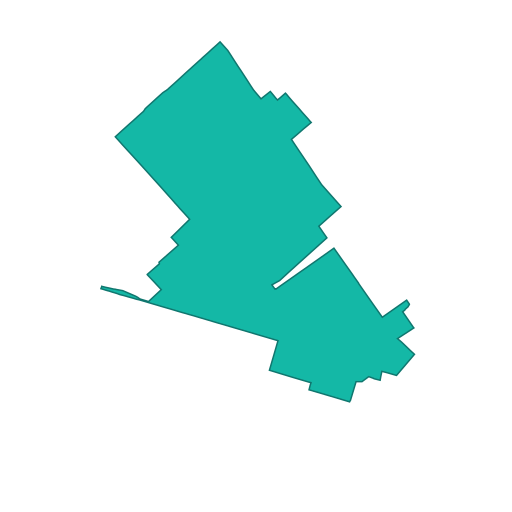 Movila, Ialomita, Romania (Mercator projection), rotated 136°
{"feature_id": "2599482B79833469589356", "entity_name": "Movila", "entity_type": "district", "adm_level": 2, "iso_a3": "ROU", "parent_name": "Romania", "parent_adm1": "Ialomita", "projection": "mercator", "projection_center": [27.715, 44.486], "detail": "fine", "context": "isolated", "style": "filled", "palette": "teal", "viewbox_px": 512, "rotation_deg": 136, "n_neighbors": 0, "source": "geoboundaries", "source_scale": "gbopen_adm2", "svg_char_len": 3120}
<svg xmlns="http://www.w3.org/2000/svg" viewBox="0 0 512 512"><g transform="rotate(136 256 256)"><path d="M390.3,340.2L389.3,338.6L387.7,335.6L386.6,333.7L386.0,332.8L385.5,331.8L384.5,329.9L383.1,327.5L382.5,326.4L381.8,325.1L380.9,323.1L380.0,321.6L378.9,319.9L377.2,317.0L376.5,315.7L373.6,310.8L372.0,307.9L370.4,305.5L367.1,299.7L363.8,293.8L361.8,290.3L361.1,289.1L359.1,285.5L357.2,282.2L354.9,278.2L352.8,274.5L350.3,270.0L347.9,265.8L346.5,263.5L345.0,260.8L342.3,256.2L340.9,253.7L330.3,234.9L319.8,216.5L308.7,196.9L304.7,189.9L299.0,179.8L311.0,172.9L325.7,164.5L314.1,143.6L305.6,128.6L304.4,126.7L306.9,125.3L310.8,122.9L300.4,104.6L290.0,86.1L289.3,86.4L288.6,86.4L271.3,96.1L271.2,96.0L267.3,92.2L267.1,92.0L258.7,90.9L256.4,86.2L256.4,85.8L253.0,80.4L250.0,82.6L245.6,85.6L242.6,80.7L239.5,75.3L237.9,72.5L237.7,72.5L210.3,75.2L210.6,80.2L210.7,82.2L210.8,85.8L210.9,88.3L211.1,93.1L211.3,95.3L211.6,98.3L192.4,94.6L192.4,95.1L189.4,113.1L189.3,114.0L186.5,113.7L185.7,114.0L182.8,113.9L182.4,113.8L179.3,114.6L179.1,114.9L178.3,119.6L207.7,124.2L205.1,141.0L203.2,153.0L201.3,164.9L201.1,165.1L200.5,169.0L199.9,173.0L199.4,175.8L197.7,187.0L196.1,197.3L194.5,207.5L213.6,210.4L232.7,213.4L232.9,213.4L233.2,213.5L248.7,215.9L257.6,217.3L264.3,218.3L264.3,218.5L264.5,218.7L264.6,218.8L265.0,218.8L265.3,218.9L265.0,221.5L264.6,224.2L260.4,223.1L256.1,221.9L244.0,221.6L231.8,221.2L212.1,220.5L192.4,219.8L191.3,226.8L190.1,233.8L175.3,233.2L160.5,232.5L159.9,246.8L159.3,261.0L159.2,262.1L157.6,270.9L155.0,284.4L152.1,301.0L150.8,308.2L149.5,315.3L141.4,314.8L133.2,314.4L128.4,314.0L123.5,313.7L123.5,315.4L123.3,318.2L123.0,326.9L122.7,331.5L122.3,342.2L122.0,347.5L121.7,351.0L121.7,352.7L128.1,353.0L132.2,353.3L132.1,355.6L131.9,358.0L131.8,358.8L131.4,364.4L137.3,365.0L143.2,365.6L142.6,375.1L142.4,377.4L141.4,382.8L140.0,389.8L138.2,399.1L137.2,404.8L136.1,410.4L134.2,419.9L133.5,423.6L133.5,423.9L133.1,435.0L136.5,435.1L137.5,435.1L141.9,435.3L144.3,435.4L149.5,435.5L156.5,435.8L158.7,435.8L160.8,435.9L178.8,436.5L190.9,436.8L197.0,437.0L202.2,437.2L203.9,437.2L204.4,437.3L205.1,437.4L205.6,437.4L206.3,437.6L207.7,437.9L208.5,438.0L209.6,438.2L212.5,438.3L217.6,438.5L221.9,438.6L225.1,438.7L228.2,438.8L230.9,438.9L233.0,438.9L233.5,438.9L235.3,438.4L236.0,438.3L236.4,438.3L236.8,438.2L238.7,438.3L243.6,438.5L250.9,438.7L254.8,438.9L260.4,439.1L266.0,439.3L271.0,439.4L273.7,439.5L274.4,439.5L274.7,431.2L274.8,428.8L274.9,425.1L275.0,422.1L275.3,409.9L275.5,403.0L275.7,396.9L275.9,390.8L276.0,388.1L276.2,382.5L276.6,370.6L276.8,366.2L277.0,361.5L277.2,355.7L277.4,352.1L277.4,351.9L277.4,351.7L277.4,351.4L277.5,350.7L277.6,346.1L277.8,343.0L277.9,338.1L278.2,328.5L299.1,328.3L304.0,328.3L304.3,317.7L330.1,318.9L330.9,317.5L347.0,318.3L347.2,318.2L347.3,308.2L347.4,304.6L347.5,297.6L364.7,297.9L364.9,297.9L369.1,305.3L369.4,306.1L369.8,308.4L370.5,310.7L373.8,318.6L375.9,323.6L378.4,327.1L379.0,327.9L379.7,328.9L380.6,330.3L381.1,330.7L383.3,334.1L386.0,338.1L388.0,341.3L388.1,341.2L390.2,340.3L390.3,340.2Z" fill="#14b8a6" stroke="#0f766e" stroke-width="1.5"/></g></svg>